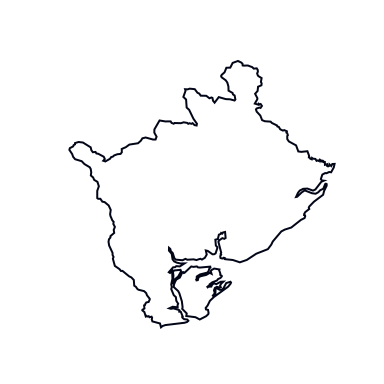 outline of Angoche, Nampula, Mozambique, rotated 16°
{"feature_id": "85939544B28799715012212", "entity_name": "Angoche", "entity_type": "district", "adm_level": 2, "iso_a3": "MOZ", "parent_name": "Mozambique", "parent_adm1": "Nampula", "projection": "albers", "projection_center": [39.817, -16.095], "detail": "fine", "context": "isolated", "style": "outline", "palette": "ink", "viewbox_px": 384, "rotation_deg": 16, "n_neighbors": 0, "source": "geoboundaries", "source_scale": "gbopen_adm2", "svg_char_len": 6070}
<svg xmlns="http://www.w3.org/2000/svg" viewBox="0 0 384 384"><g transform="rotate(16 192 192)"><path d="M321.5,129.3L321.3,125.7L319.2,126.4L318.7,128.7L316.4,127.5L316.5,129.2L315.7,129.9L314.5,129.6L314.1,128.1L312.3,129.2L311.4,126.5L310.3,126.7L309.9,127.7L309.8,126.2L309.3,125.9L308.2,126.0L308.1,126.7L306.6,126.0L306.5,126.9L305.7,126.0L305.1,127.2L303.8,127.1L303.1,127.7L301.5,126.2L299.0,126.6L298.0,126.2L298.1,127.6L296.5,127.4L295.5,126.4L294.8,126.5L294.5,124.8L291.7,121.0L286.0,123.3L283.0,123.7L279.2,118.5L271.2,116.7L269.0,114.9L268.1,111.9L268.5,111.0L267.3,109.2L266.4,108.9L266.5,107.5L263.6,107.1L262.5,107.9L259.5,107.4L257.5,105.5L256.0,105.5L255.3,104.6L249.7,103.6L248.2,102.7L242.5,103.9L239.6,103.6L236.6,99.7L232.0,96.9L230.7,95.0L231.1,93.9L233.5,92.3L234.7,92.3L235.5,90.0L233.7,88.5L232.9,89.1L231.8,88.8L231.9,89.8L228.0,89.7L229.2,84.9L229.0,83.8L225.6,80.2L227.2,76.8L226.5,72.6L229.3,70.3L229.0,68.4L227.9,67.2L227.5,63.3L223.8,62.3L222.9,61.5L221.9,60.0L222.2,58.3L221.5,56.5L220.1,55.3L217.3,56.4L215.6,55.4L210.9,55.0L206.4,56.4L205.8,56.4L205.2,54.8L203.8,54.0L200.0,53.4L195.5,56.7L194.5,61.9L190.8,63.1L190.3,68.0L188.3,71.1L188.0,72.5L188.9,73.6L193.6,75.3L195.8,77.1L197.9,80.5L199.2,84.5L203.7,85.6L204.5,86.9L206.4,87.5L208.2,91.2L207.7,92.3L203.1,92.4L198.8,93.4L191.6,93.4L189.1,99.9L187.1,98.5L185.7,95.9L184.6,95.8L182.9,97.1L179.2,95.6L173.8,97.0L171.9,95.4L169.9,95.1L166.3,92.4L161.3,93.3L159.6,94.5L157.0,95.1L157.9,96.5L157.5,103.0L160.8,104.7L163.6,112.3L166.6,113.8L173.2,121.2L177.9,125.0L178.1,126.8L176.0,127.0L173.6,125.7L172.6,126.6L170.6,126.6L169.6,127.5L168.4,126.9L164.8,127.3L162.4,128.9L156.2,130.5L155.6,131.4L153.3,131.2L152.0,130.0L147.0,131.5L141.1,132.2L138.6,142.2L139.4,145.3L142.7,148.6L142.5,151.6L140.2,152.3L132.4,152.4L129.5,154.1L128.7,156.8L126.7,160.0L118.7,163.7L116.0,167.2L112.6,170.0L113.6,173.2L112.8,175.1L109.8,176.3L107.1,178.3L106.1,179.9L104.7,180.7L104.0,182.7L100.3,186.5L98.1,186.4L99.1,184.3L97.4,182.4L91.4,181.1L89.5,181.3L88.2,180.1L85.7,181.1L83.7,179.5L82.3,177.0L73.5,174.5L69.2,175.2L66.1,177.2L66.4,178.4L65.3,179.6L65.2,180.9L62.5,183.5L62.5,185.3L66.4,188.6L68.0,190.9L70.6,192.7L77.5,192.8L80.9,194.8L86.9,196.4L88.3,197.8L89.7,200.8L90.2,204.0L93.0,205.3L94.6,207.3L98.3,208.3L100.9,212.2L100.6,217.0L102.6,224.0L103.7,224.4L105.8,223.8L108.5,226.0L110.8,225.8L115.6,227.9L118.8,231.6L119.4,235.9L120.2,237.5L123.2,241.2L124.9,242.3L125.2,244.4L127.5,246.8L127.2,250.0L128.5,252.8L125.8,256.8L126.1,258.3L125.2,260.4L125.5,262.9L127.1,266.3L132.4,272.4L133.0,274.4L134.5,276.1L134.3,277.9L138.2,284.3L143.5,286.1L145.5,287.5L146.9,287.0L154.8,290.4L157.2,290.8L160.3,292.6L162.3,298.0L164.2,298.6L166.1,300.2L167.4,300.7L173.3,300.5L175.8,301.8L177.2,303.7L180.8,306.3L181.0,307.1L180.6,309.7L178.6,310.7L178.0,312.1L178.0,313.6L177.2,314.2L178.4,317.1L176.8,318.9L176.9,319.5L179.3,320.5L181.8,324.3L182.3,323.6L183.2,324.1L184.6,323.3L185.6,324.1L187.5,323.0L188.3,323.8L188.5,325.7L189.6,327.3L197.5,327.2L199.5,330.6L200.7,328.9L203.0,327.3L221.0,319.7L223.2,318.2L224.0,316.8L222.7,315.9L219.5,316.4L217.8,315.7L217.0,314.9L217.4,314.3L214.3,310.3L212.7,310.5L212.7,309.3L212.0,309.0L206.1,309.0L203.9,310.1L202.2,310.1L205.1,307.6L210.0,306.8L209.3,304.8L209.5,303.2L206.9,300.9L205.5,297.5L202.9,296.2L198.8,291.0L198.8,289.0L197.5,286.5L197.1,280.7L194.6,273.3L193.2,275.9L191.8,275.5L194.6,269.6L196.5,268.9L197.3,267.6L200.8,266.9L204.5,262.7L200.5,263.9L196.8,264.1L193.9,263.6L191.9,262.1L189.5,257.0L186.0,254.7L185.3,252.0L186.8,252.7L188.0,254.7L190.3,256.0L193.3,260.5L194.9,261.5L201.7,260.2L204.1,258.1L206.2,258.4L212.1,256.3L215.0,256.2L218.4,253.9L220.2,254.2L222.5,251.7L223.4,248.1L221.4,244.4L223.4,244.3L228.8,246.2L230.5,245.7L231.6,244.5L231.8,238.9L231.5,238.0L229.7,236.9L227.6,231.4L229.8,230.1L229.6,225.6L231.1,224.5L231.3,223.3L232.6,223.6L232.9,222.4L234.8,221.3L237.0,226.9L236.0,228.1L233.9,228.0L231.5,230.9L231.1,232.6L236.8,242.3L236.6,243.7L237.3,244.2L236.8,245.9L237.6,247.6L239.5,247.6L240.7,246.4L241.5,246.5L241.2,247.1L242.0,247.5L250.0,246.1L257.4,246.4L263.4,242.2L270.8,233.6L280.7,226.0L282.7,220.8L283.3,217.3L288.7,205.3L291.5,202.6L297.2,198.8L304.4,188.8L307.4,186.0L307.5,184.0L307.1,183.3L306.1,183.3L305.9,182.2L306.4,180.1L309.4,176.0L308.6,175.0L308.7,173.7L311.9,167.7L318.8,158.5L318.7,154.6L319.7,148.9L319.3,147.3L318.4,147.1L317.8,147.7L317.3,152.7L314.8,154.9L313.4,157.5L311.3,159.6L307.7,160.1L299.9,159.4L297.6,162.1L294.4,167.6L293.4,168.1L294.1,163.6L295.2,160.9L298.0,158.3L302.0,156.9L307.9,157.3L309.9,155.6L313.5,146.5L315.6,144.8L313.6,145.1L312.3,144.0L312.5,139.3L314.8,137.1L316.1,136.9L318.3,135.0L320.3,134.7L321.5,129.3ZM229.7,263.6L229.8,260.4L230.6,259.6L230.1,258.7L220.3,262.5L218.4,262.8L217.2,262.2L214.0,263.6L211.8,263.8L207.1,271.7L206.5,272.1L205.9,271.4L204.9,271.7L203.9,277.6L201.1,280.5L200.5,283.0L200.2,286.1L200.7,288.4L206.1,291.1L207.8,292.9L212.4,299.9L214.7,305.3L214.8,307.0L220.4,310.2L220.7,312.8L229.8,311.4L234.6,312.4L239.8,307.5L241.3,305.0L241.3,303.8L239.9,300.9L237.8,301.0L237.1,299.7L238.3,296.8L239.2,291.7L242.0,286.9L252.8,273.1L254.3,269.7L254.5,268.3L253.7,267.7L250.0,270.1L248.7,276.1L247.6,277.6L245.6,278.4L242.3,277.7L241.2,278.1L242.5,283.2L242.1,285.0L240.3,286.6L241.8,283.0L240.2,280.4L240.5,277.8L242.1,276.3L245.1,276.2L245.9,275.6L244.8,274.3L245.3,272.1L246.9,269.5L244.3,270.4L240.7,273.9L238.1,273.7L236.9,275.8L236.6,277.6L233.9,278.5L233.4,279.3L232.9,278.9L234.0,277.4L236.1,276.6L235.8,275.8L234.7,275.5L236.4,273.2L240.4,270.2L240.9,268.7L243.1,266.7L243.9,264.9L243.6,264.3L242.0,263.9L241.6,262.4L239.7,259.8L239.7,258.9L234.4,259.5L232.0,262.0L231.9,263.1L233.3,265.2L231.4,264.8L228.5,267.8L223.5,270.6L221.8,272.2L221.9,275.1L220.7,275.7L220.1,274.9L220.7,273.4L219.9,272.5L220.1,271.6L222.6,268.9L228.9,265.3L229.7,263.6ZM199.6,285.5L199.8,280.3L202.0,277.1L203.2,272.2L203.1,270.8L202.4,270.0L196.3,272.4L195.8,274.3L197.2,277.5L198.6,284.7L199.6,285.5Z" fill="none" stroke="#020617" stroke-width="2"/></g></svg>